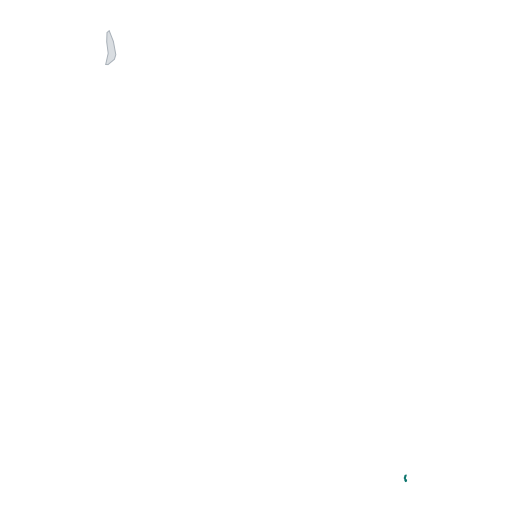 Pepesala, Tuvalu (highlighted)
{"feature_id": "33948139B49263652760429", "entity_name": "Pepesala", "entity_type": "district", "adm_level": 2, "iso_a3": "TUV", "parent_name": "Tuvalu", "parent_adm1": "", "projection": "albers", "projection_center": [179.81, -9.374], "detail": "fine", "context": "in_parent", "style": "filled", "palette": "teal", "viewbox_px": 512, "rotation_deg": 0, "n_neighbors": 0, "source": "geoboundaries", "source_scale": "gbopen_adm2", "svg_char_len": 880}
<svg xmlns="http://www.w3.org/2000/svg" viewBox="0 0 512 512"><path d="M114.4,59.3L108.0,64.6L105.7,64.5L108.2,53.3L106.7,41.8L107.0,32.6L109.2,30.7L113.4,41.5L115.8,54.7L114.4,59.3Z" fill="#d9dde1" stroke="#a8b0b8" stroke-width="1"/><path d="M405.1,480.2L405.1,480.5L405.3,480.8L405.5,480.9L405.6,481.0L405.7,481.3L405.8,481.3L405.9,481.2L406.1,481.1L406.3,480.9L406.3,480.7L406.3,480.4L406.3,480.2L406.2,480.0L406.1,479.9L405.9,479.7L405.7,479.7L405.4,479.6L405.3,479.3L405.2,479.1L405.2,478.9L405.1,478.4L405.2,478.1L405.2,477.8L405.2,477.7L405.2,477.4L405.3,477.3L405.3,477.2L405.5,476.7L405.6,476.4L405.8,475.9L405.8,475.7L405.9,475.4L405.7,475.4L405.5,475.5L405.4,475.5L405.2,475.6L405.2,475.8L405.1,476.2L404.6,477.6L404.5,478.1L404.7,478.6L404.9,479.0L405.0,479.1L405.1,479.5L405.1,479.8L405.1,480.0L405.1,480.2Z" fill="#14b8a6" stroke="#0f766e" stroke-width="1.5"/></svg>